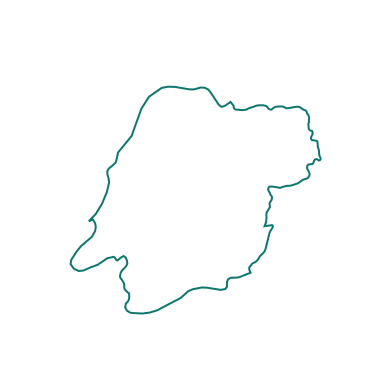 an SVG outline of Južno-Banatski, rotated 137°
{"feature_id": "SRB-1060", "entity_name": "Južno-Banatski", "entity_type": "District", "adm_level": 1, "iso_a3": "SRB", "parent_name": "Republic of Serbia", "parent_adm1": "", "projection": "robinson", "projection_center": [20.779, 44.991], "detail": "fine", "context": "isolated", "style": "outline", "palette": "teal", "viewbox_px": 384, "rotation_deg": 137, "n_neighbors": 0, "source": "natural_earth", "source_scale": "10m", "svg_char_len": 4012}
<svg xmlns="http://www.w3.org/2000/svg" viewBox="0 0 384 384"><g transform="rotate(137 192 192)"><path d="M204.2,93.0L215.6,97.5L218.1,99.2L220.2,101.2L222.3,102.9L225.1,103.5L227.5,102.5L231.3,98.8L233.8,98.3L237.7,100.8L246.0,111.4L249.9,115.5L257.9,120.4L262.3,122.0L272.4,122.2L298.1,129.2L304.9,132.5L311.1,136.9L317.2,143.2L319.3,145.5L320.5,149.4L319.6,153.2L316.5,155.5L313.5,155.6L311.0,156.7L308.9,158.6L307.1,161.0L307.4,161.5L307.6,163.3L307.6,165.5L307.5,167.0L306.8,168.2L304.8,170.4L304.0,171.6L303.1,175.8L303.0,177.9L302.2,179.4L299.2,181.6L296.7,182.3L290.5,182.7L288.1,183.8L286.4,186.2L285.2,189.2L285.7,191.8L289.0,192.6L293.1,192.7L293.8,194.3L293.2,196.3L293.4,197.9L299.0,201.3L310.7,203.1L316.7,205.7L325.1,208.7L328.7,211.5L330.7,216.3L330.0,222.1L326.6,224.7L316.8,227.2L310.0,228.1L295.9,227.5L289.5,229.5L286.3,232.0L284.1,235.3L283.3,239.4L287.4,241.0L277.5,241.5L265.5,244.9L254.2,250.1L246.0,255.6L243.8,258.7L242.1,262.1L240.0,264.8L236.9,265.9L230.8,265.5L227.5,265.7L225.3,267.0L219.2,271.3L209.3,272.6L197.9,274.2L172.1,287.5L158.4,291.0L150.7,289.9L143.2,288.8L137.9,285.5L132.7,280.4L124.1,269.1L121.0,266.0L114.3,262.4L111.6,259.6L110.3,256.0L110.4,252.5L112.9,237.8L112.4,234.2L109.3,232.6L102.4,231.6L102.8,226.7L103.7,225.5L104.0,224.9L104.2,224.3L104.2,223.6L104.0,223.0L103.6,222.3L103.1,221.7L101.9,220.5L100.4,218.6L98.5,216.8L97.1,215.8L96.4,215.4L95.8,215.1L93.7,214.6L92.6,214.2L90.1,212.9L87.1,211.7L86.0,211.2L84.6,210.3L82.5,208.5L81.2,207.2L80.6,206.6L79.5,204.9L79.2,204.3L79.0,203.6L78.9,203.0L79.2,201.3L79.2,200.6L79.1,199.9L78.8,199.3L78.5,198.8L78.0,198.4L77.5,198.1L77.2,198.0L75.0,197.9L74.2,197.7L73.5,197.6L72.8,197.3L71.5,196.4L69.3,194.5L67.9,193.2L67.3,192.5L66.9,191.8L66.6,191.1L66.3,189.8L66.0,189.2L65.6,188.6L65.0,188.1L62.9,186.6L61.2,185.6L57.9,183.4L57.2,182.9L56.3,182.0L55.6,181.0L55.2,180.2L55.0,179.3L54.7,177.6L54.5,176.8L53.5,174.4L53.3,173.8L53.3,173.0L53.6,172.4L54.2,171.1L54.4,170.5L54.3,169.9L54.2,169.3L55.6,166.5L57.5,164.9L58.6,163.5L60.3,162.6L60.8,162.1L63.1,159.1L63.4,158.5L63.6,157.9L63.7,157.3L63.7,156.7L63.5,156.1L62.9,155.3L62.6,154.8L62.6,154.3L63.1,153.5L64.1,152.4L64.6,152.0L65.1,151.7L66.8,151.2L67.2,151.0L67.9,150.6L68.5,149.9L68.7,149.4L68.9,148.7L68.9,148.1L68.5,147.6L67.3,146.3L66.1,144.6L65.8,144.0L65.8,143.8L66.1,143.1L66.6,142.4L68.6,140.0L69.1,139.3L69.6,138.2L70.5,136.4L71.3,135.3L73.5,132.5L74.0,131.8L74.6,129.8L74.9,129.2L75.2,128.7L75.7,128.3L76.2,128.1L76.6,128.0L77.0,128.1L77.6,128.4L77.8,128.7L77.9,129.1L78.1,130.5L78.3,130.9L78.6,131.3L79.0,131.5L79.5,131.7L80.2,131.8L80.9,131.7L81.4,131.6L81.9,131.4L82.8,130.8L83.6,130.4L84.1,130.4L84.6,130.4L85.3,130.7L87.4,132.2L88.4,132.7L89.2,132.7L89.8,132.5L90.4,132.1L91.0,131.5L91.8,130.5L92.0,129.9L92.5,127.9L93.4,125.6L93.7,125.1L94.1,124.5L94.9,124.0L95.8,123.7L97.3,123.4L97.8,123.4L98.5,123.5L99.2,123.7L102.5,125.3L103.4,125.5L104.3,125.6L107.1,125.9L108.0,126.0L109.7,126.6L113.0,128.1L115.1,129.1L116.5,130.1L118.0,131.4L118.7,132.0L123.2,134.4L123.8,134.5L124.5,134.8L125.1,135.3L125.5,135.9L126.7,137.6L129.2,140.8L130.9,142.5L131.3,142.8L131.9,143.1L132.3,143.1L132.8,143.0L133.2,142.9L134.1,142.4L134.5,142.0L134.8,141.6L135.0,141.1L135.7,138.4L136.4,136.7L136.6,136.1L136.6,134.6L136.7,134.2L136.9,133.8L137.3,133.4L138.4,132.5L139.1,132.1L139.5,131.8L140.0,131.7L141.7,131.4L142.1,131.2L143.1,130.7L143.5,130.4L143.8,130.0L144.8,128.4L145.3,127.9L145.7,127.7L147.7,127.1L151.1,126.2L152.0,125.7L153.1,124.7L153.5,124.3L154.2,123.3L154.9,122.5L157.8,120.0L158.7,119.3L162.3,117.5L159.2,115.4L156.3,113.3L156.0,113.0L155.9,112.6L155.9,112.2L156.1,111.9L156.6,111.5L157.3,111.1L161.3,110.0L163.0,109.3L163.6,109.0L165.8,107.6L168.5,105.7L171.8,103.6L176.9,100.3L178.0,99.7L179.6,99.1L180.4,98.9L181.3,98.8L185.0,98.8L185.9,98.7L186.7,98.5L189.5,97.7L190.4,97.5L192.3,97.5L193.2,97.6L194.1,97.7L196.1,98.4L196.9,98.5L201.8,97.7L202.1,97.3L203.5,95.4L204.1,93.2L204.2,93.0Z" fill="none" stroke="#0f766e" stroke-width="2"/></g></svg>